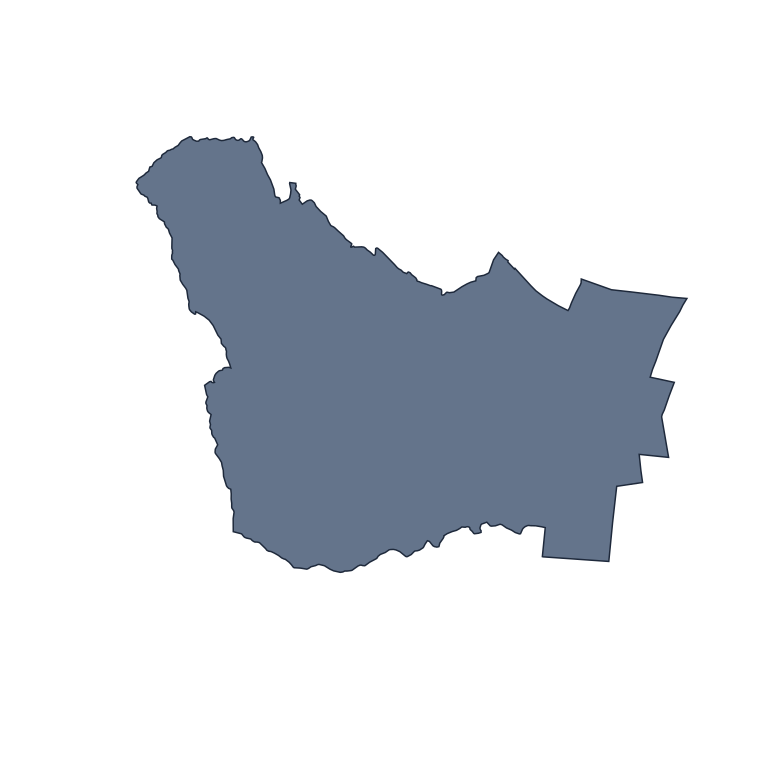 Gornet, Prahova, Romania (Mercator projection), rotated 286°
{"feature_id": "2599482B23838810284079", "entity_name": "Gornet", "entity_type": "district", "adm_level": 2, "iso_a3": "ROU", "parent_name": "Romania", "parent_adm1": "Prahova", "projection": "mercator", "projection_center": [26.087, 45.131], "detail": "fine", "context": "isolated", "style": "filled", "palette": "slate", "viewbox_px": 768, "rotation_deg": 286, "n_neighbors": 0, "source": "geoboundaries", "source_scale": "gbopen_adm2", "svg_char_len": 6157}
<svg xmlns="http://www.w3.org/2000/svg" viewBox="0 0 768 768"><g transform="rotate(286 384 384)"><path d="M491.6,402.5L491.3,401.5L491.6,397.6L491.7,392.2L492.1,389.2L492.0,387.8L492.5,387.0L493.2,386.9L494.8,385.2L496.7,380.5L498.1,378.5L498.4,376.7L498.2,376.3L496.4,375.4L496.7,371.7L498.2,369.0L498.7,366.6L499.5,364.6L501.6,361.4L510.2,346.4L512.8,340.4L512.6,339.3L511.9,338.7L506.2,339.9L505.2,339.5L505.0,339.1L504.9,338.4L507.0,334.4L508.2,330.9L509.5,328.7L510.0,326.9L509.7,324.7L507.4,317.8L508.0,317.0L508.0,316.6L506.6,315.2L506.5,314.3L507.1,314.1L508.4,314.4L509.8,314.4L510.3,313.6L512.4,308.0L513.4,306.3L515.3,304.3L518.4,297.8L520.6,293.6L521.1,292.2L521.5,289.7L521.8,289.0L525.0,285.7L529.5,282.2L532.4,275.6L535.9,269.8L539.0,267.1L540.3,264.7L540.7,263.6L540.6,262.9L540.4,262.0L539.6,260.8L538.9,259.7L534.3,255.9L534.6,255.5L537.5,251.7L540.1,251.9L541.2,250.7L542.7,250.7L546.8,245.1L550.2,245.0L551.5,244.2L552.6,243.9L551.7,237.9L550.7,238.0L544.9,241.1L540.9,241.8L537.1,242.0L536.2,241.9L535.2,241.3L533.6,239.8L529.2,234.5L532.1,233.7L533.0,232.7L533.9,232.2L534.1,231.2L533.9,228.5L534.6,227.5L535.5,226.9L541.0,224.4L548.9,218.6L553.2,214.3L558.4,210.1L563.1,205.2L564.1,205.3L567.8,204.9L570.2,204.0L573.5,201.5L576.5,198.5L579.3,196.5L581.5,193.7L582.7,190.7L583.4,190.4L585.0,190.8L585.4,190.5L585.3,189.4L584.8,188.3L581.5,187.8L580.5,187.2L579.7,186.3L578.7,184.6L578.6,183.1L578.9,182.1L580.1,180.3L580.4,179.2L580.3,178.8L578.3,177.2L577.9,176.3L577.8,174.8L578.3,173.7L579.6,172.2L579.6,171.3L578.8,169.7L577.4,168.7L577.0,168.1L575.8,165.7L574.1,163.0L573.2,160.8L573.1,158.9L573.7,155.0L573.5,154.3L572.9,152.8L570.8,149.3L570.7,148.6L570.9,147.7L571.8,146.5L571.8,146.0L570.6,144.8L568.4,140.1L567.7,139.4L566.4,138.9L565.7,136.8L566.0,134.3L566.4,132.6L568.0,131.3L568.4,130.7L568.2,129.2L561.8,122.5L559.2,121.3L556.6,120.4L553.9,117.8L551.8,116.4L551.0,115.0L549.7,113.7L548.9,112.1L548.3,111.4L546.4,110.4L543.5,107.8L542.5,107.4L540.5,107.5L539.8,107.2L537.0,104.1L533.3,101.8L529.3,101.1L528.0,99.1L523.6,99.1L520.8,96.8L519.2,96.1L517.8,95.0L514.1,91.7L510.3,90.3L509.5,90.2L509.0,90.5L507.9,92.4L505.3,92.2L504.1,92.7L499.8,97.9L499.6,98.6L499.4,101.0L498.6,102.4L498.3,104.8L497.3,105.8L494.2,107.6L493.4,108.8L493.6,110.5L492.2,111.3L492.2,112.2L492.8,114.3L492.7,116.3L492.5,116.8L490.2,117.0L487.4,118.3L485.1,118.8L484.1,119.9L482.5,120.6L481.0,122.5L479.3,128.2L477.5,128.9L474.6,131.6L474.0,133.1L473.3,134.1L470.0,136.2L466.0,140.0L457.2,142.3L455.7,142.8L454.2,143.9L452.4,144.2L451.5,144.7L450.3,144.5L448.8,144.6L445.6,145.5L444.8,146.9L441.2,150.2L437.9,154.6L436.2,155.5L433.6,157.6L431.8,157.9L427.7,159.5L424.4,163.0L421.4,167.0L419.8,168.6L412.4,171.9L409.4,174.0L406.9,174.3L404.7,175.1L402.5,176.1L401.7,176.8L400.2,179.0L399.0,182.4L399.0,183.1L399.5,183.6L401.5,183.1L401.3,185.1L399.7,192.1L397.2,198.3L393.1,203.7L385.1,210.9L382.2,215.0L378.2,216.5L376.1,219.6L375.5,221.1L374.8,222.0L373.4,222.6L372.2,223.5L368.9,224.3L366.8,225.2L365.2,226.2L363.4,228.0L360.7,230.1L357.2,232.3L357.3,231.0L357.1,229.8L355.8,226.3L354.5,225.0L353.0,224.9L352.6,224.5L351.4,222.1L350.7,221.4L348.0,219.7L345.8,219.0L341.1,218.8L340.2,219.2L338.8,220.6L338.3,219.8L338.1,218.7L338.1,218.1L338.8,217.0L338.1,215.7L333.3,211.9L324.9,216.4L323.1,218.2L317.7,217.8L316.7,218.0L316.1,218.3L314.5,219.8L312.0,220.3L311.0,220.8L309.4,221.8L308.3,223.1L307.0,226.2L300.2,226.6L297.2,228.4L294.5,228.6L293.7,228.9L291.9,231.1L288.7,232.2L287.7,232.9L285.9,234.8L285.3,236.2L279.7,240.9L274.9,239.8L271.9,240.4L270.8,241.1L267.0,246.1L263.9,249.4L260.8,250.9L256.7,253.3L251.1,255.2L242.8,260.6L241.9,261.6L240.9,263.4L240.6,265.7L236.4,267.4L231.2,268.8L227.3,270.5L223.8,271.5L222.8,272.0L220.8,274.4L219.5,275.2L213.1,276.1L200.5,279.8L200.7,288.4L198.5,291.6L198.1,292.8L198.0,294.5L198.3,298.6L197.2,300.5L196.7,302.0L196.5,303.4L197.1,305.7L197.2,308.0L193.1,315.6L191.9,317.2L191.5,319.1L191.8,321.7L191.2,325.4L190.1,329.9L188.6,333.6L188.2,336.3L188.3,337.4L186.5,342.0L184.7,344.9L183.0,347.1L182.6,348.2L184.0,354.4L184.7,360.5L184.9,361.1L185.9,362.3L188.2,364.2L190.6,368.3L192.0,369.9L192.6,371.0L192.7,371.7L192.9,376.8L191.1,383.1L190.5,387.1L190.9,393.9L192.0,396.3L193.4,397.8L194.0,400.0L195.6,403.8L196.2,404.7L201.9,409.2L203.2,410.8L203.6,411.9L203.6,413.7L204.0,415.6L204.5,416.1L208.7,419.3L214.0,424.8L214.8,425.3L216.8,425.8L219.2,427.5L222.4,431.7L226.0,434.6L226.6,435.7L227.6,438.6L227.8,441.3L227.2,445.5L224.3,452.2L224.2,453.0L224.5,454.0L227.6,457.2L231.5,459.3L232.0,459.8L233.0,462.2L234.2,464.0L237.2,466.6L238.1,467.0L241.3,467.6L245.3,468.9L245.2,470.8L245.1,471.2L242.0,475.6L241.6,477.2L241.8,479.8L242.8,481.6L246.4,481.5L251.9,483.4L253.8,483.7L254.6,483.4L257.6,486.0L261.0,490.3L263.3,494.0L265.9,496.6L268.0,498.2L268.7,501.6L269.6,502.9L270.0,504.1L269.8,505.6L269.5,506.0L267.9,506.9L266.6,509.5L265.1,511.5L265.0,512.3L266.6,516.0L268.1,518.2L269.8,517.7L270.4,516.9L271.9,515.9L275.4,516.0L276.2,516.4L279.5,520.9L276.9,525.3L277.0,526.5L278.4,530.2L280.9,533.8L281.2,534.3L281.2,535.6L281.2,536.3L279.4,541.4L278.7,546.8L277.4,551.1L277.2,555.4L277.7,556.5L282.8,557.2L284.1,557.8L285.7,558.9L287.4,560.9L288.0,562.3L288.1,563.5L289.5,568.9L290.2,575.0L290.4,578.6L261.7,583.8L261.7,584.5L275.4,649.0L314.0,641.9L349.8,635.9L360.6,659.7L371.6,654.8L386.7,648.7L391.9,677.8L429.0,659.9L431.5,659.8L436.3,660.6L451.3,661.4L465.6,662.6L463.9,638.0L472.0,638.1L481.2,639.0L503.9,640.3L519.2,643.8L535.2,648.3L542.0,649.5L549.7,651.6L546.8,636.7L545.1,623.9L540.6,596.0L537.3,576.7L539.3,544.7L535.5,545.6L533.3,545.4L524.0,543.3L513.5,541.8L508.2,541.4L505.3,540.6L507.3,530.1L510.6,517.4L512.4,512.0L515.4,504.4L519.0,498.0L531.3,478.0L530.4,477.7L535.4,469.4L536.8,469.3L537.6,466.5L538.9,463.7L540.1,462.2L542.1,457.8L533.6,455.1L520.1,454.3L519.1,453.6L516.1,450.2L513.1,444.3L511.7,443.3L508.5,443.8L505.8,439.4L503.1,436.2L499.0,432.1L491.6,425.8L489.8,421.7L489.6,419.2L488.9,418.6L486.5,417.3L485.5,415.7L485.5,415.3L485.8,414.8L486.4,414.5L489.0,413.9L490.2,413.3L490.8,412.5L491.6,402.5Z" fill="#64748b" stroke="#1e293b" stroke-width="1.5"/></g></svg>